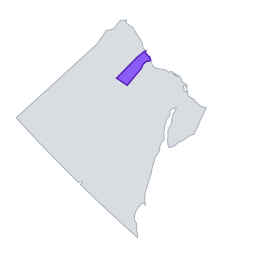 Daba, Matruh, Egypt (highlighted), rotated 46°
{"feature_id": "37247803B11415934472050", "entity_name": "Daba", "entity_type": "district", "adm_level": 2, "iso_a3": "EGY", "parent_name": "Egypt", "parent_adm1": "Matruh", "projection": "albers", "projection_center": [28.255, 29.877], "detail": "fine", "context": "in_parent", "style": "filled", "palette": "violet", "viewbox_px": 256, "rotation_deg": 46, "n_neighbors": 0, "source": "geoboundaries", "source_scale": "gbopen_adm2", "svg_char_len": 3770}
<svg xmlns="http://www.w3.org/2000/svg" viewBox="0 0 256 256"><g transform="rotate(46 128 128)"><path d="M213.1,197.4L208.4,197.7L203.7,198.1L199.0,198.4L194.4,198.7L189.7,199.0L185.0,199.3L180.3,199.5L175.6,199.8L170.9,200.0L166.2,200.2L161.5,200.5L156.8,200.7L152.1,200.8L147.4,201.0L142.8,201.2L138.1,201.3L135.4,201.4L135.8,200.0L136.1,199.1L135.7,198.4L134.8,198.3L134.2,198.5L132.9,201.4L132.2,201.5L130.5,201.5L125.0,201.7L119.6,201.8L114.1,201.9L108.6,201.9L103.1,202.0L97.7,202.0L92.2,202.0L86.7,202.0L81.3,202.0L75.8,202.0L70.3,201.9L64.9,201.8L59.4,201.7L53.9,201.6L48.5,201.5L43.0,201.4L43.1,197.9L43.2,194.5L43.3,191.1L43.4,187.7L43.5,184.3L43.6,180.9L43.7,177.5L43.8,174.1L43.9,170.6L44.0,167.2L44.1,163.8L44.2,160.4L44.3,156.9L44.4,153.5L44.5,150.1L44.6,146.7L44.6,143.2L44.7,139.8L44.8,136.4L44.9,133.0L45.0,129.5L45.1,126.1L45.2,122.7L45.3,119.2L45.4,115.8L45.5,112.4L45.6,108.9L45.7,105.5L45.8,102.1L45.9,98.6L46.0,95.2L46.1,91.8L46.0,91.1L45.3,88.8L44.8,85.8L44.1,82.1L44.1,80.9L43.0,77.1L42.9,76.0L43.2,75.3L45.3,72.2L46.0,70.7L46.5,68.8L46.7,67.3L46.2,65.0L45.6,63.0L45.4,60.8L45.4,58.8L46.4,57.4L47.7,56.1L48.2,55.3L48.9,54.4L49.4,54.0L50.3,55.9L52.4,56.2L59.1,54.7L66.4,56.5L70.5,57.2L76.7,58.7L80.5,61.3L81.6,61.6L84.3,61.5L86.1,63.0L93.3,63.8L97.1,65.4L99.3,66.7L100.6,67.1L101.8,67.0L103.3,66.5L105.3,65.6L107.4,64.3L111.8,60.9L113.3,60.3L114.4,60.4L115.6,60.4L116.1,59.5L116.8,58.8L117.2,58.1L117.8,57.3L120.1,57.0L124.7,55.5L124.2,56.2L120.0,57.9L121.8,58.0L123.7,57.4L125.7,57.0L126.1,56.3L126.3,55.0L126.7,54.9L128.2,55.1L132.6,56.9L133.6,56.9L136.6,55.8L137.3,55.5L138.3,56.1L140.6,58.5L139.8,58.4L137.4,56.4L137.2,57.5L135.9,59.4L137.6,60.1L139.0,60.4L139.8,61.4L140.3,62.3L141.6,61.8L142.6,60.5L142.1,59.9L141.7,59.2L142.1,59.1L143.1,59.7L145.9,62.0L146.9,62.4L147.9,62.3L150.1,61.5L150.8,61.6L153.7,60.6L154.1,61.2L154.6,61.9L157.0,61.0L160.8,60.9L163.8,60.0L167.3,57.9L167.6,57.6L167.8,58.1L168.3,59.3L169.5,62.5L170.6,65.0L172.0,68.5L172.4,69.8L172.6,70.8L174.5,74.6L175.7,77.7L176.6,80.3L177.9,84.0L178.4,85.3L177.7,86.0L176.4,88.6L175.2,96.5L173.2,102.8L173.2,106.6L172.9,108.0L171.9,110.0L170.7,112.0L168.2,111.1L164.2,108.0L161.8,104.9L159.4,102.9L157.0,100.3L156.3,98.4L156.2,97.1L155.1,94.1L154.3,92.7L151.5,89.5L150.6,87.8L150.0,87.1L149.3,86.0L148.2,81.8L147.0,79.2L145.8,80.0L146.1,81.1L145.0,82.7L144.5,84.5L145.0,86.0L147.3,88.2L147.8,89.1L148.4,91.3L148.5,94.2L148.9,95.1L150.6,97.2L151.3,98.5L151.7,99.6L152.3,100.6L154.0,102.4L156.6,105.8L159.0,108.2L160.7,109.2L161.5,110.4L161.8,113.4L161.7,114.8L163.3,117.4L163.9,118.8L165.4,119.8L166.1,121.1L166.8,123.1L168.0,129.2L169.3,130.6L173.5,138.5L177.1,143.4L178.9,147.1L181.5,151.5L186.9,161.4L189.9,164.3L191.1,166.0L193.3,167.2L195.6,169.0L193.5,169.0L193.0,169.1L192.2,169.5L192.0,170.7L191.9,171.7L192.5,176.8L193.2,179.4L195.4,184.2L196.9,185.6L197.7,186.5L198.7,187.1L203.3,188.5L206.2,191.8L212.4,195.9L213.1,197.1L213.1,197.4Z" fill="#d9dde1" stroke="#a8b0b8" stroke-width="1"/><path d="M92.8,71.1L92.6,69.2L92.9,68.5L94.0,67.2L94.6,66.1L94.9,64.6L94.6,64.4L94.4,64.3L94.3,64.2L94.2,64.2L93.9,64.0L93.8,63.9L93.7,63.8L93.4,63.8L93.2,63.8L93.1,63.7L92.9,63.7L92.7,63.7L92.4,63.5L92.4,63.4L92.1,63.3L92.0,63.2L92.0,63.3L91.8,63.3L91.7,63.3L91.4,63.4L91.2,63.4L91.1,63.5L90.9,63.5L90.7,63.6L90.3,63.5L90.1,63.5L89.9,63.5L89.7,63.5L89.3,63.5L89.2,63.5L89.0,63.4L88.9,63.4L88.7,63.3L88.6,63.2L88.5,63.3L88.4,63.2L88.2,63.2L87.9,63.3L87.6,63.3L87.3,63.3L87.2,63.3L86.9,63.3L86.7,63.3L86.5,63.2L86.3,63.3L86.2,63.2L85.9,63.2L85.7,63.2L85.4,63.0L85.2,63.0L85.2,62.9L85.1,62.7L85.1,62.4L85.1,62.2L85.0,61.9L84.1,64.0L83.9,64.8L84.1,65.9L83.5,72.0L84.2,101.6L92.7,99.8L96.7,98.9L94.4,77.2L92.4,72.2L92.8,71.1Z" fill="#8b5cf6" stroke="#5b21b6" stroke-width="1.5"/></g></svg>